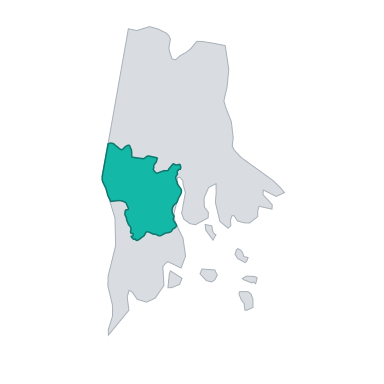 where Oio sits in Guinea-Bissau, rotated 280°
{"feature_id": "GNB-772", "entity_name": "Oio", "entity_type": "Region", "adm_level": 1, "iso_a3": "GNB", "parent_name": "Guinea-Bissau", "parent_adm1": "", "projection": "orthographic", "projection_center": [-15.268, 12.289], "detail": "fine", "context": "in_parent", "style": "filled", "palette": "teal", "viewbox_px": 384, "rotation_deg": 280, "n_neighbors": 0, "source": "natural_earth", "source_scale": "10m", "svg_char_len": 4819}
<svg xmlns="http://www.w3.org/2000/svg" viewBox="0 0 384 384"><g transform="rotate(280 192 192)"><path d="M36.5,134.5L42.1,133.5L56.0,135.3L66.8,133.3L74.4,130.0L84.7,125.5L94.7,124.0L125.8,126.1L152.9,120.7L173.1,110.4L191.7,100.8L215.8,100.9L241.6,101.0L278.3,101.0L307.4,101.0L341.7,101.0L341.4,109.5L347.5,121.5L346.6,130.4L344.1,138.9L341.8,142.2L338.8,144.2L329.6,144.2L325.7,145.9L319.6,149.2L319.5,153.1L324.4,156.8L328.4,161.9L333.1,166.0L341.2,170.6L342.0,175.9L342.2,189.0L341.9,199.3L319.3,206.9L301.9,208.3L287.2,207.6L280.8,210.7L268.1,218.5L252.4,223.2L244.4,223.6L240.6,226.3L234.5,234.4L217.6,269.3L212.0,277.7L207.5,283.2L202.3,275.7L206.3,262.0L201.9,262.2L193.3,273.3L189.0,273.7L189.6,260.5L184.8,260.0L179.2,261.0L171.5,254.1L170.7,249.0L171.3,241.9L176.1,237.3L175.4,235.4L170.9,234.8L165.7,236.1L162.6,233.9L167.8,224.6L185.9,216.8L195.0,216.0L204.4,214.2L199.3,207.6L188.2,204.9L179.3,206.8L174.9,211.6L169.4,212.4L160.3,201.0L160.5,195.3L163.9,188.6L169.2,185.5L190.2,185.6L198.2,181.8L201.4,181.1L204.4,177.6L203.8,175.3L200.4,175.2L192.5,179.7L167.2,178.0L159.2,180.7L145.1,191.1L127.7,196.8L115.2,194.4L119.2,180.4L117.4,178.5L113.5,176.2L95.1,180.6L81.1,174.2L75.7,166.5L76.7,156.8L83.2,150.3L84.3,147.1L77.4,146.4L64.6,150.4L36.5,134.5ZM97.3,270.5L89.0,272.1L85.3,266.9L84.7,264.8L89.0,263.1L91.0,263.0L94.2,259.3L98.3,256.8L100.1,255.9L102.1,256.1L103.6,264.5L101.6,268.0L97.3,270.5ZM119.2,228.0L114.4,231.3L109.4,229.7L106.8,226.8L107.2,221.5L112.8,214.1L117.9,215.1L119.2,228.0ZM110.6,184.4L105.3,197.2L98.7,195.7L94.1,188.1L93.6,184.9L107.0,183.9L110.6,184.4ZM137.3,254.3L137.3,258.6L133.0,257.8L131.7,256.5L134.3,248.7L138.1,245.2L142.8,245.8L144.2,246.9L143.3,249.9L141.2,252.3L137.3,254.3ZM155.0,220.6L154.1,223.0L148.2,221.0L156.8,212.2L162.3,210.6L162.1,217.4L157.8,218.8L155.0,220.6ZM119.7,268.2L118.8,271.1L112.7,270.6L114.1,267.7L112.8,266.8L114.6,258.0L115.5,256.6L118.4,259.9L118.8,261.3L119.7,268.2Z" fill="#d9dde1" stroke="#a8b0b8" stroke-width="1"/><path d="M196.8,100.9L224.8,101.0L226.0,103.1L226.1,104.3L226.1,105.5L225.9,106.3L225.7,106.8L224.0,109.5L223.6,110.6L222.6,112.1L222.1,112.9L221.5,114.5L221.5,115.4L221.7,116.0L222.1,116.4L224.6,118.1L226.0,119.5L226.2,119.8L226.5,120.2L226.8,120.7L227.1,121.6L227.0,122.2L226.7,122.6L226.3,122.9L225.8,123.2L225.3,123.4L224.8,123.6L223.6,124.6L223.2,124.9L221.5,125.5L216.6,126.5L216.1,126.7L215.9,127.3L216.3,137.6L216.4,138.2L216.6,138.8L216.9,139.2L217.2,139.6L219.1,141.2L219.5,141.7L219.8,142.5L220.0,144.0L219.8,146.0L219.7,150.8L219.5,151.7L219.1,152.0L218.0,151.8L216.0,151.7L215.4,151.6L214.9,151.4L212.2,150.0L211.8,149.8L211.4,149.8L210.9,149.8L210.4,149.9L209.9,150.1L209.3,150.2L208.7,150.1L208.2,149.9L207.7,149.9L207.3,150.1L206.8,150.4L206.5,150.8L205.5,151.9L204.7,153.1L204.5,153.9L204.6,154.6L207.8,160.1L208.2,161.1L208.6,163.7L208.8,164.2L209.1,164.6L209.6,164.9L210.7,165.2L211.6,165.6L212.1,166.0L216.3,168.4L216.6,168.9L216.4,169.4L216.1,170.4L215.9,171.1L215.9,171.8L215.9,172.0L216.0,172.5L216.7,174.0L217.0,174.7L217.0,175.0L216.9,175.4L216.8,175.5L216.5,175.8L216.1,176.0L215.6,176.2L215.0,176.4L213.9,176.7L212.8,176.6L212.5,176.5L212.4,176.5L212.4,175.9L211.8,175.2L211.1,174.7L211.1,174.4L210.0,174.0L208.8,174.0L207.8,174.4L207.0,174.6L204.8,173.6L203.6,173.4L202.2,173.8L199.0,175.7L197.4,176.2L196.5,176.9L193.6,180.1L192.1,181.2L189.8,181.6L187.8,181.2L183.7,179.8L179.7,179.1L178.4,178.5L177.0,177.2L175.0,176.0L172.7,175.4L170.3,175.5L168.1,176.2L167.3,176.7L165.7,178.1L165.0,178.4L162.8,178.3L161.7,178.3L160.8,178.7L157.6,181.9L157.0,182.3L155.9,182.8L154.0,181.6L153.4,181.1L152.1,179.5L151.2,179.1L150.0,178.7L149.4,178.2L149.0,177.9L147.8,175.7L147.2,173.5L146.8,172.9L143.6,168.8L143.3,168.0L143.2,167.5L143.1,166.8L144.0,163.8L144.0,162.9L143.9,162.2L143.7,161.6L143.8,161.0L145.0,156.7L145.1,155.6L145.0,154.7L144.8,154.3L144.5,153.9L144.0,153.6L141.3,152.7L140.8,152.4L140.3,152.2L139.9,151.8L138.9,150.7L136.6,148.7L135.2,147.1L134.9,146.7L134.7,146.2L134.7,145.8L134.8,145.3L135.6,144.6L135.8,144.0L135.5,143.6L135.3,143.1L135.4,142.4L136.6,140.8L137.2,140.1L137.8,139.8L138.1,140.3L138.3,141.3L138.6,141.5L139.1,141.5L139.8,141.5L140.4,141.3L140.8,141.0L140.9,140.3L140.7,139.8L140.7,139.3L141.0,138.8L142.0,138.4L142.7,138.3L144.6,138.4L145.2,138.3L147.2,137.3L147.7,136.8L148.3,135.8L148.8,135.2L152.7,132.7L154.7,132.0L155.8,131.5L157.6,130.1L158.7,129.7L159.5,129.6L159.9,129.7L160.4,129.7L160.7,129.7L161.2,129.5L161.8,129.5L162.4,129.6L162.8,129.9L163.4,131.6L163.7,132.0L164.1,132.3L164.6,132.3L165.2,132.0L168.7,129.6L169.2,129.4L169.7,129.0L170.2,128.3L170.8,126.0L171.0,124.5L171.1,123.1L170.7,120.7L168.8,114.3L168.6,113.7L174.0,109.7L180.3,106.8L186.2,102.5L188.8,101.3L191.8,100.9L196.8,100.9Z" fill="#14b8a6" stroke="#0f766e" stroke-width="1.5"/></g></svg>